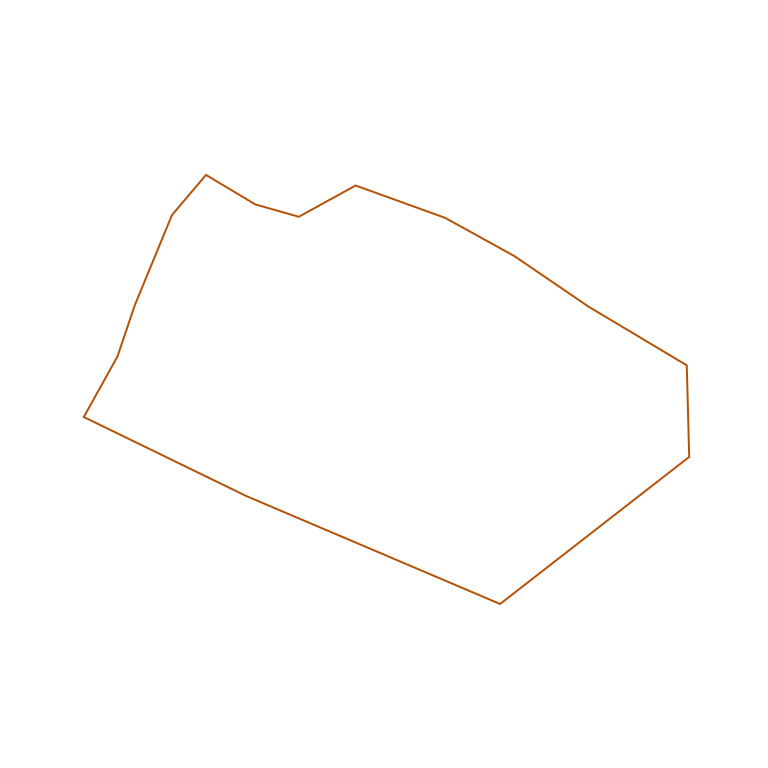 Tushaka, Al Wadi at Jadid, Egypt, rotated 80°
{"feature_id": "37247803B52387591644217", "entity_name": "Tushaka", "entity_type": "district", "adm_level": 2, "iso_a3": "EGY", "parent_name": "Egypt", "parent_adm1": "Al Wadi at Jadid", "projection": "mercator", "projection_center": [31.641, 22.865], "detail": "fine", "context": "isolated", "style": "outline", "palette": "amber", "viewbox_px": 768, "rotation_deg": 80, "n_neighbors": 0, "source": "geoboundaries", "source_scale": "gbopen_adm2", "svg_char_len": 355}
<svg xmlns="http://www.w3.org/2000/svg" viewBox="0 0 768 768"><g transform="rotate(80 384 384)"><path d="M470.5,539.0L620.8,307.9L508.8,96.1L418.2,82.6L343.2,169.3L280.5,233.6L230.9,295.1L183.6,377.6L204.5,438.9L184.8,479.6L147.2,523.0L180.7,563.4L262.9,615.6L310.6,641.7L364.4,685.4L470.5,539.0Z" fill="none" stroke="#b45309" stroke-width="2"/></g></svg>